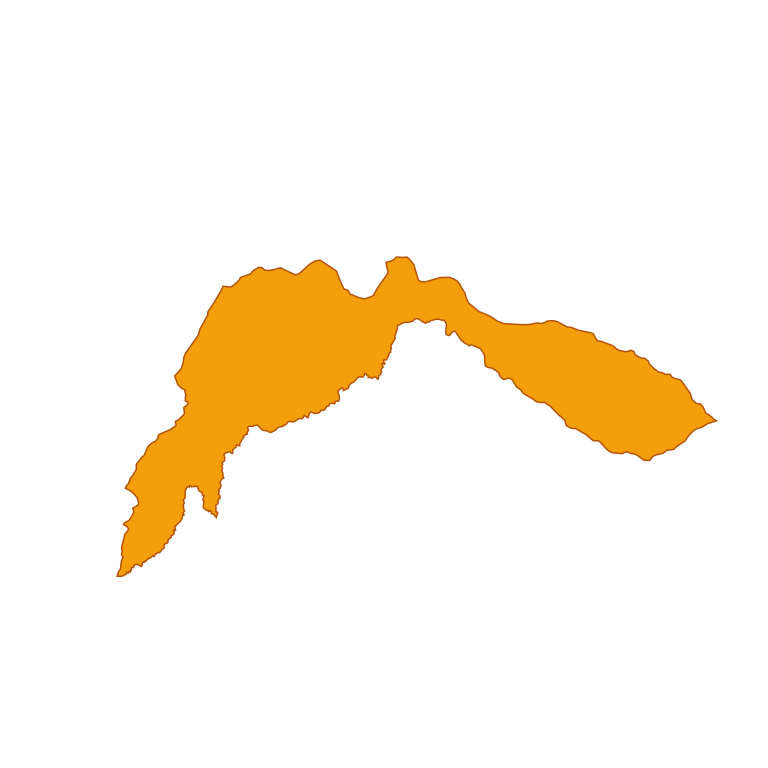 the district of La Argentina, Huila, Colombia, rotated 164°
{"feature_id": "7082276B50002192579952", "entity_name": "La Argentina", "entity_type": "district", "adm_level": 2, "iso_a3": "COL", "parent_name": "Colombia", "parent_adm1": "Huila", "projection": "natural_earth1", "projection_center": [-76.066, 2.187], "detail": "fine", "context": "isolated", "style": "filled", "palette": "amber", "viewbox_px": 768, "rotation_deg": 164, "n_neighbors": 0, "source": "geoboundaries", "source_scale": "gbopen_adm2", "svg_char_len": 6156}
<svg xmlns="http://www.w3.org/2000/svg" viewBox="0 0 768 768"><g transform="rotate(164 384 384)"><path d="M274.4,367.4L273.0,366.8L270.8,363.1L270.3,359.4L268.5,356.1L267.4,355.4L262.3,355.2L259.6,352.8L257.3,344.3L254.1,340.7L252.9,337.0L251.1,334.8L245.8,329.4L242.4,325.1L238.6,323.0L234.3,322.0L233.3,320.0L230.4,317.0L224.5,305.9L220.9,300.7L220.1,298.6L220.4,294.9L219.8,293.2L215.7,289.6L212.0,288.3L203.8,279.7L198.5,271.9L193.0,270.0L187.5,259.2L185.3,256.5L183.6,255.1L173.7,251.2L172.4,252.0L168.6,251.6L165.7,249.1L163.3,248.1L160.4,246.0L155.1,239.1L150.1,237.3L148.8,237.7L146.5,239.8L143.0,240.9L135.2,240.5L130.1,242.3L123.4,241.2L120.6,243.0L110.3,246.3L106.4,249.7L100.7,253.1L96.4,254.8L90.1,254.8L83.9,256.7L74.5,257.0L77.0,259.5L77.7,261.3L80.2,264.9L82.7,267.2L83.6,273.8L85.0,277.4L89.4,279.4L92.1,284.2L92.3,290.7L96.8,303.9L98.1,306.2L104.9,310.6L106.4,314.6L111.2,315.7L112.0,317.0L113.6,318.2L116.9,319.9L120.5,324.9L123.5,330.3L123.6,333.0L126.1,336.6L130.0,338.3L133.3,341.5L134.8,343.7L134.8,346.4L138.0,348.5L139.8,348.0L143.1,348.5L147.7,350.9L150.0,352.6L153.7,357.9L163.4,365.1L167.0,366.8L168.2,370.4L168.7,374.3L170.5,375.8L182.7,382.4L188.6,387.0L191.9,388.1L200.0,396.0L203.1,397.8L205.4,398.7L209.9,399.5L212.9,398.7L216.0,398.7L220.1,400.5L227.1,401.0L233.8,402.6L252.5,409.1L257.8,413.2L262.0,418.5L267.3,423.3L272.8,427.4L280.5,438.7L281.2,444.3L281.2,449.3L282.8,454.5L283.5,458.7L285.1,462.7L288.1,465.8L291.7,468.5L300.3,470.8L316.3,470.8L320.6,472.4L322.4,474.9L322.4,490.6L325.2,497.0L327.0,499.7L331.5,500.6L336.6,502.5L337.7,502.5L340.1,500.9L343.2,500.3L348.6,500.4L349.4,490.2L350.5,488.8L363.9,478.0L369.6,472.2L372.2,471.5L378.9,471.1L383.8,473.5L391.8,479.8L392.8,483.9L396.4,486.7L397.7,495.4L398.6,505.7L411.3,520.7L416.2,521.2L421.9,519.9L434.0,513.9L437.3,513.3L439.5,513.6L451.7,524.4L457.7,524.2L463.4,524.9L467.2,526.2L469.2,529.4L472.1,530.7L477.5,529.3L480.4,528.0L481.4,526.7L492.8,525.9L494.4,523.8L500.7,520.7L504.8,519.4L511.7,522.4L514.3,519.3L523.6,510.3L533.6,501.7L534.3,499.0L545.7,487.6L549.2,482.0L566.4,468.2L569.1,464.6L571.4,459.5L574.7,454.6L583.0,449.4L582.4,440.1L579.5,435.3L577.3,433.5L577.6,427.5L578.7,425.9L579.6,422.3L578.1,421.3L577.6,419.6L578.5,418.5L582.9,416.6L583.9,411.0L585.0,409.6L592.6,405.9L595.0,405.4L595.1,402.1L596.0,401.1L601.6,399.2L614.3,397.4L615.5,396.4L616.1,394.4L619.7,391.8L622.6,391.6L626.6,389.9L629.0,388.1L633.9,381.8L637.7,379.8L643.5,375.6L644.4,374.5L645.8,369.9L651.6,364.6L653.9,363.4L654.6,361.7L655.9,360.5L657.3,358.4L658.6,358.0L660.8,356.0L661.3,355.1L657.5,351.5L654.8,347.6L653.0,343.6L652.4,341.2L652.9,336.6L653.8,335.5L659.8,333.7L659.7,329.8L663.9,325.4L667.1,323.0L671.2,322.3L673.1,320.9L672.6,319.8L670.5,318.0L669.4,315.1L671.6,312.9L674.4,311.1L681.4,299.1L681.9,295.3L683.5,292.0L682.7,290.5L682.7,289.6L685.4,285.9L688.2,279.1L691.3,276.4L693.5,272.7L689.7,271.6L687.5,271.6L684.0,272.3L683.0,273.9L682.1,272.8L681.0,273.8L679.9,273.2L679.7,274.1L678.6,274.2L677.9,275.3L677.9,276.7L677.3,277.2L675.6,276.6L675.5,277.3L674.6,277.3L674.4,278.4L673.4,278.9L671.0,278.8L667.7,275.5L666.0,277.1L665.9,278.3L665.1,279.1L663.9,278.6L662.9,279.6L661.7,279.2L661.0,280.1L657.1,281.4L656.1,281.2L654.0,282.6L652.5,281.5L651.8,282.6L648.9,284.1L645.8,284.0L643.4,285.8L641.0,286.8L640.4,287.3L639.7,290.0L638.3,290.7L635.6,291.0L634.2,294.2L630.9,295.1L630.4,296.7L627.3,297.6L626.6,299.4L626.7,301.6L625.0,300.8L624.4,301.1L624.6,304.4L617.3,308.3L614.9,310.7L613.6,313.6L612.5,313.1L612.1,314.1L612.7,314.9L612.5,315.7L610.7,316.9L611.2,319.7L610.7,320.1L610.4,322.9L608.7,324.9L609.0,327.9L607.3,328.7L606.3,330.1L604.6,335.8L603.7,336.8L603.4,337.9L600.7,339.4L599.6,338.6L598.9,339.9L598.0,339.7L597.4,338.2L591.9,337.3L591.7,334.6L590.9,331.9L588.7,329.6L589.1,327.1L587.6,326.1L590.1,322.7L589.4,321.5L589.5,320.5L591.5,316.2L591.7,314.8L589.1,311.1L587.8,310.6L587.5,309.6L586.6,310.0L585.2,309.5L585.7,306.8L583.7,305.8L582.0,301.9L579.2,306.3L580.7,307.6L579.0,314.0L576.7,314.7L576.0,315.9L575.9,317.9L573.0,319.6L572.7,320.3L572.7,322.1L573.4,323.9L571.9,326.3L572.2,328.2L570.2,328.9L568.6,331.6L568.9,334.0L568.6,335.1L566.1,337.2L563.8,337.9L564.2,339.4L563.4,343.5L564.0,344.8L562.4,347.7L562.5,349.7L561.2,351.1L561.4,352.9L558.4,354.2L557.5,357.1L557.2,360.7L555.1,361.4L550.8,361.3L549.3,359.0L548.6,359.0L547.7,361.9L545.6,363.5L543.7,364.0L542.9,365.9L542.4,366.1L539.8,364.2L539.1,366.4L534.1,371.3L533.2,371.6L533.4,372.7L533.0,373.2L529.0,373.5L529.0,375.3L526.8,377.1L527.4,379.4L526.6,380.3L524.9,380.5L521.6,379.3L520.4,379.8L517.1,379.6L513.7,373.2L509.5,371.2L506.5,368.7L505.4,368.7L501.9,369.3L497.3,371.7L492.8,371.1L491.8,371.9L489.4,372.1L486.7,374.1L484.7,374.2L483.6,373.1L481.2,372.6L474.7,374.2L472.0,373.2L469.3,375.7L466.7,372.6L466.1,372.6L464.1,376.0L462.3,377.3L458.6,374.7L455.0,374.3L453.7,374.5L452.1,376.0L450.3,375.5L447.9,375.7L445.2,378.2L442.8,378.1L441.7,379.9L439.4,380.0L437.0,378.6L435.6,380.4L434.9,380.7L432.4,380.0L431.4,381.4L430.3,384.3L430.6,387.7L430.1,389.9L429.5,390.5L425.6,391.9L424.8,391.6L424.7,389.0L419.6,389.7L418.1,391.9L415.5,393.8L412.3,394.2L408.2,397.1L405.6,397.8L402.5,396.4L400.8,397.7L399.7,399.4L398.3,399.0L398.1,397.4L397.0,396.4L397.4,394.5L395.3,394.3L394.3,392.8L391.7,393.4L390.2,392.9L389.1,391.4L389.0,390.5L388.0,390.5L386.8,393.4L384.3,394.2L384.2,395.5L382.8,396.6L382.9,398.2L382.2,399.5L380.1,400.6L380.4,403.8L379.1,404.1L378.1,402.8L377.6,403.0L378.1,406.6L377.7,407.1L376.7,407.3L375.4,406.4L372.3,409.2L370.4,412.4L368.7,412.8L368.4,414.9L367.0,416.2L367.2,417.8L366.7,419.0L360.7,424.8L360.6,426.7L356.2,433.2L355.1,436.1L349.8,437.4L346.4,437.5L343.5,436.5L338.3,436.6L337.1,437.8L335.1,438.0L332.3,436.6L330.6,434.0L327.4,431.0L326.7,431.5L323.8,431.2L321.5,432.0L316.4,431.9L313.9,431.4L310.7,429.3L309.3,429.2L307.9,426.9L307.5,423.9L310.0,417.9L310.6,414.4L308.6,412.8L307.3,412.8L304.1,415.1L301.6,415.4L300.8,414.5L297.8,404.9L295.5,401.5L292.2,398.3L291.6,397.1L289.2,397.7L281.4,391.2L279.4,384.1L281.2,376.8L281.5,373.2L279.5,371.3L275.2,369.1L274.4,367.4Z" fill="#f59e0b" stroke="#b45309" stroke-width="1.5"/></g></svg>